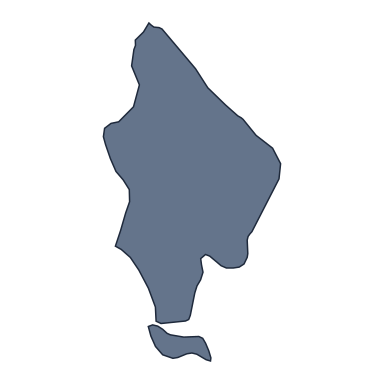 an SVG outline of La Altagracia
{"feature_id": "DOM-1987", "entity_name": "La Altagracia", "entity_type": "Province", "adm_level": 1, "iso_a3": "DOM", "parent_name": "Dominican Republic", "parent_adm1": "", "projection": "equal_earth", "projection_center": [-68.677, 18.544], "detail": "fine", "context": "isolated", "style": "filled", "palette": "slate", "viewbox_px": 384, "rotation_deg": 0, "n_neighbors": 0, "source": "natural_earth", "source_scale": "10m", "svg_char_len": 1175}
<svg xmlns="http://www.w3.org/2000/svg" viewBox="0 0 384 384"><path d="M148.9,23.0L151.3,25.2L153.9,27.1L159.1,27.6L162.0,29.0L195.5,68.7L207.8,87.8L225.2,104.7L237.7,115.8L241.2,117.8L243.1,119.4L256.1,135.4L272.6,148.2L280.6,163.7L279.0,178.9L251.9,231.7L250.0,233.8L248.1,236.4L247.2,240.1L247.8,253.6L247.2,257.4L244.0,264.0L239.2,267.1L233.2,268.0L226.4,268.0L221.1,265.7L209.7,256.1L205.5,254.5L200.7,258.6L201.5,264.8L203.0,272.2L200.6,279.8L197.0,285.9L194.8,292.9L190.3,315.4L188.7,319.5L185.5,321.0L161.0,323.5L156.1,321.2L155.4,307.0L148.4,288.2L138.8,270.0L130.3,257.4L121.2,249.4L115.4,246.2L120.6,230.5L125.7,212.9L129.6,201.7L129.3,189.6L123.2,179.9L116.0,171.5L110.4,158.6L105.6,144.7L103.4,136.7L104.6,128.3L111.0,123.4L118.7,121.8L133.5,106.8L139.4,84.9L131.6,65.9L133.9,49.6L135.5,45.4L135.3,40.1L143.5,32.0L148.9,23.0ZM183.8,337.1L198.8,336.5L202.7,338.3L205.6,343.3L208.8,350.9L210.9,357.9L210.5,361.0L206.1,359.7L196.8,354.2L191.9,353.0L186.8,353.8L177.8,357.5L172.9,358.3L162.7,354.8L155.5,346.5L150.9,336.1L148.3,326.5L152.6,324.9L157.7,326.1L162.7,329.3L167.0,333.3L170.3,334.8L183.8,337.1Z" fill="#64748b" stroke="#1e293b" stroke-width="1.5"/></svg>